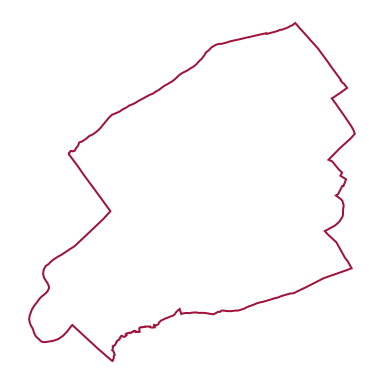 Concepción, Corrientes, Argentina (Albers equal-area conic projection)
{"feature_id": "61730980B94063956743041", "entity_name": "Concepción", "entity_type": "district", "adm_level": 2, "iso_a3": "ARG", "parent_name": "Argentina", "parent_adm1": "Corrientes", "projection": "albers", "projection_center": [-58.127, -28.402], "detail": "fine", "context": "isolated", "style": "outline", "palette": "rose", "viewbox_px": 384, "rotation_deg": 0, "n_neighbors": 0, "source": "geoboundaries", "source_scale": "gbopen_adm2", "svg_char_len": 5875}
<svg xmlns="http://www.w3.org/2000/svg" viewBox="0 0 384 384"><path d="M340.9,199.2L340.0,198.5L335.9,195.5L338.2,193.9L342.3,185.9L343.4,186.1L346.1,179.3L343.9,177.9L340.4,175.7L342.1,172.6L340.9,171.4L338.9,169.6L332.1,161.3L328.5,159.8L339.7,148.4L350.5,138.6L354.8,133.8L353.5,130.1L351.2,126.1L347.3,120.3L344.2,115.7L340.7,110.8L337.9,106.8L336.1,104.1L334.4,101.9L331.8,98.4L332.7,97.9L334.7,96.6L341.4,92.1L347.1,87.9L343.9,83.7L342.4,82.6L340.7,80.5L341.0,80.1L339.8,78.4L336.6,74.1L332.6,68.7L330.6,65.9L326.7,60.3L321.4,53.2L318.2,48.7L315.3,45.5L311.7,41.5L310.2,39.9L308.9,38.3L303.5,32.3L299.3,27.7L296.7,24.6L295.2,23.0L293.9,23.9L293.6,24.2L293.4,24.6L292.6,25.2L291.5,25.5L286.1,28.3L285.4,28.5L284.4,28.6L283.4,29.1L282.0,29.8L280.1,29.8L279.2,30.2L278.1,30.8L275.9,31.5L273.3,32.2L270.5,32.9L269.6,33.2L266.6,33.9L266.4,33.2L260.6,34.4L257.7,35.1L254.5,35.8L253.5,36.1L246.1,37.7L244.1,38.2L241.6,38.8L240.0,39.2L230.7,41.2L226.0,42.7L225.0,42.9L224.1,43.2L222.2,43.7L220.7,43.9L219.2,43.9L217.9,44.2L215.6,44.9L214.4,45.6L212.9,46.5L211.6,47.4L210.5,48.3L209.0,50.1L207.4,51.3L205.8,52.7L204.3,55.3L202.9,57.2L201.7,58.8L200.1,60.2L198.8,61.6L196.3,64.3L195.0,65.5L192.7,67.1L190.4,68.3L188.5,69.8L186.1,71.1L184.0,72.1L181.8,73.3L179.9,74.5L178.6,75.7L177.4,76.9L174.9,79.2L173.2,80.6L172.0,81.5L170.6,82.2L168.2,83.7L166.8,84.5L164.4,85.8L162.0,87.5L159.8,89.2L158.5,90.2L157.4,90.7L154.9,92.1L154.0,92.9L153.0,93.6L152.0,94.0L150.5,94.5L148.4,95.6L145.9,96.9L144.2,97.9L142.6,98.7L140.2,100.0L138.8,100.7L136.5,102.2L133.2,104.0L129.5,105.4L126.4,107.5L123.1,109.1L119.8,111.4L117.5,112.5L115.8,113.2L111.9,114.8L108.7,117.9L100.7,127.7L98.4,130.1L96.4,131.8L92.8,134.4L89.6,135.8L85.9,138.9L83.2,140.7L82.6,141.1L82.0,141.6L81.2,141.8L80.8,141.7L79.8,142.2L79.1,142.7L78.7,143.9L78.5,144.7L78.1,145.3L77.8,146.1L76.1,148.0L74.8,150.7L74.1,150.7L73.6,151.2L73.1,151.2L72.6,151.3L72.1,151.0L71.4,151.0L70.6,151.0L70.2,151.5L69.9,152.1L69.5,152.4L69.1,152.7L69.4,153.4L68.8,154.2L77.9,166.3L83.4,174.4L96.8,192.5L110.4,211.2L103.6,218.7L84.9,236.5L75.8,245.0L74.7,246.1L71.9,247.9L69.9,249.1L67.2,251.0L64.4,252.8L61.4,254.8L58.4,256.4L55.7,258.1L53.0,259.9L50.7,261.8L48.5,264.2L45.7,266.0L43.7,269.6L43.1,273.8L44.0,277.7L45.8,280.6L47.4,283.0L48.3,284.9L48.9,286.5L49.0,288.2L48.1,290.2L46.7,292.3L45.1,293.7L44.0,294.7L41.5,296.7L39.2,299.1L37.1,302.1L34.1,305.9L31.9,309.6L31.0,311.9L30.3,313.9L29.4,316.7L29.2,319.5L29.4,320.9L29.9,323.1L30.8,325.3L31.2,326.2L32.2,327.6L33.1,329.7L33.5,330.6L33.8,332.3L34.7,334.2L35.4,335.6L36.1,336.6L37.2,337.7L39.3,339.5L39.8,340.2L40.4,340.7L40.9,341.3L42.9,342.0L45.3,342.1L47.8,341.7L49.9,341.4L52.0,341.0L54.0,340.6L55.9,339.9L57.5,339.4L59.4,338.4L61.0,337.2L63.0,335.8L64.9,333.8L67.1,331.6L70.8,326.7L72.3,325.0L97.4,348.2L103.2,353.2L107.5,357.0L112.3,361.0L112.9,360.5L112.5,360.1L112.9,359.8L113.3,359.2L113.8,358.2L113.8,357.4L113.7,356.9L113.7,356.5L114.1,355.6L114.7,355.1L114.6,354.3L114.4,353.7L114.1,353.4L114.1,352.8L113.7,352.0L113.3,351.1L113.0,350.5L112.5,350.4L112.2,350.2L112.5,349.6L112.7,348.5L112.9,348.0L113.0,347.6L112.7,347.0L112.7,346.5L113.1,345.9L113.6,345.8L114.1,345.8L114.6,345.4L114.8,344.9L115.2,344.6L115.6,344.1L115.8,343.6L116.1,343.1L116.2,342.3L116.5,342.0L116.9,341.6L117.0,341.0L117.7,340.7L118.0,340.4L118.2,340.0L118.6,339.9L119.3,339.5L119.6,338.9L119.6,338.3L120.1,338.1L120.5,337.8L120.3,337.3L120.6,336.8L121.0,336.1L121.5,335.9L121.9,335.8L122.3,336.0L122.8,336.5L123.5,336.7L124.2,336.8L124.9,336.8L125.3,336.1L125.9,335.7L126.6,335.3L126.4,334.3L125.8,334.0L126.1,333.7L126.7,333.7L127.1,333.3L127.5,333.1L127.9,333.1L128.3,333.2L128.7,333.0L129.4,332.6L130.1,332.8L130.7,333.1L131.3,332.6L131.7,332.3L131.9,331.9L132.3,331.8L132.7,331.8L133.3,331.7L133.4,331.1L133.7,330.9L134.4,330.9L135.0,331.0L135.2,331.3L135.7,331.1L136.0,331.4L135.9,332.0L136.7,331.9L137.2,331.9L137.6,332.1L138.1,332.0L138.7,331.9L139.2,332.0L139.6,331.9L139.6,331.2L139.6,330.6L139.4,330.2L139.5,329.8L139.4,329.1L139.2,328.8L139.3,328.2L139.6,327.8L140.1,327.6L140.4,327.3L141.3,327.3L141.7,327.1L142.2,327.3L142.8,327.0L143.4,327.1L144.0,326.9L144.9,327.0L145.1,326.5L145.7,326.5L146.6,326.5L147.1,326.5L147.7,326.6L148.2,326.5L148.6,326.5L149.4,326.8L150.0,326.5L150.3,327.1L151.2,327.5L151.9,327.6L152.4,327.6L152.8,327.6L153.3,327.3L154.0,327.2L154.7,327.4L154.9,327.0L154.7,326.5L154.1,326.1L153.9,325.4L154.0,324.9L154.4,324.9L155.0,325.6L155.8,325.3L156.4,325.3L156.9,325.1L157.5,324.7L158.4,324.0L158.5,323.6L158.7,323.1L159.1,322.5L159.4,322.1L161.0,320.6L162.1,320.1L163.1,319.6L163.8,319.3L164.2,319.1L165.3,318.5L166.4,318.1L168.1,317.5L170.3,316.6L171.2,316.3L172.3,315.9L173.3,315.4L174.7,314.4L176.0,312.3L178.1,310.3L179.7,309.0L181.3,314.0L182.2,313.6L184.1,313.2L185.8,313.0L187.4,313.0L187.9,313.0L189.3,313.1L189.8,313.1L191.1,312.8L192.7,312.6L194.4,312.5L194.7,312.4L196.7,312.5L198.4,312.9L199.4,312.9L204.6,312.9L213.1,314.3L216.0,313.1L217.9,311.9L220.0,311.9L221.3,310.7L222.7,310.5L224.1,310.7L224.5,310.7L225.9,310.9L226.3,311.0L227.5,311.1L229.1,311.1L229.6,311.1L231.4,311.1L232.9,310.9L234.5,310.7L235.9,310.5L237.6,310.6L238.7,310.4L239.2,310.3L241.5,309.5L243.4,309.0L246.1,307.6L248.8,306.4L250.9,305.7L251.4,305.5L253.7,304.7L256.1,303.6L258.2,302.9L260.3,302.3L262.6,301.9L264.7,301.3L266.7,300.7L269.6,299.9L271.8,299.2L272.3,299.0L273.7,298.5L275.6,298.0L277.5,297.6L279.2,297.0L280.7,296.3L284.0,295.3L284.5,295.2L286.6,294.5L289.0,293.9L289.5,293.7L291.0,293.4L291.8,293.4L293.9,293.2L296.2,291.9L300.8,289.7L305.7,287.4L324.1,278.0L345.1,270.7L351.6,268.3L348.0,261.7L344.9,257.6L336.3,242.2L332.9,239.1L327.7,234.3L324.8,231.1L335.3,225.3L338.0,222.9L339.5,221.4L342.4,216.9L342.8,215.5L343.0,214.2L343.0,211.5L343.1,209.3L343.6,206.5L343.6,204.8L342.9,202.9L342.4,200.8L340.9,199.2Z" fill="none" stroke="#9f1239" stroke-width="2"/></svg>